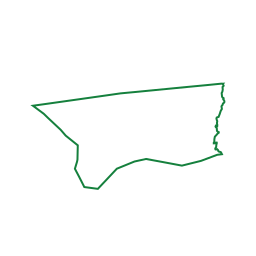 the district of Buram, Southern Darfur, Sudan, rotated 286°
{"feature_id": "16777658B28433170293690", "entity_name": "Buram", "entity_type": "district", "adm_level": 2, "iso_a3": "SDN", "parent_name": "Sudan", "parent_adm1": "Southern Darfur", "projection": "orthographic", "projection_center": [25.179, 10.759], "detail": "fine", "context": "isolated", "style": "outline", "palette": "green", "viewbox_px": 256, "rotation_deg": 286, "n_neighbors": 0, "source": "geoboundaries", "source_scale": "gbopen_adm2", "svg_char_len": 1436}
<svg xmlns="http://www.w3.org/2000/svg" viewBox="0 0 256 256"><g transform="rotate(286 128 128)"><path d="M128.7,225.5L129.7,224.6L130.4,223.8L130.4,221.8L130.7,221.2L131.6,220.6L132.2,219.5L131.6,218.6L131.5,218.1L132.0,217.6L133.2,217.7L133.9,218.0L136.3,217.5L137.4,217.6L138.4,217.3L138.3,216.7L137.2,215.6L136.9,214.7L137.6,214.5L138.4,214.8L139.6,214.5L141.1,214.1L142.2,214.0L143.6,213.9L146.0,215.1L147.4,215.7L148.4,216.5L149.0,216.4L149.1,215.8L149.4,214.9L149.8,214.3L152.5,213.3L153.1,212.1L153.7,211.7L154.6,211.9L154.6,213.2L155.6,213.0L156.4,212.5L157.4,212.1L158.5,212.0L159.2,211.9L160.2,211.1L161.5,210.4L162.5,210.4L163.2,211.3L163.6,212.0L166.7,212.3L169.8,212.4L171.1,212.7L172.2,213.0L173.3,212.5L174.6,211.9L175.4,212.1L176.4,212.6L177.4,212.5L178.0,212.7L178.7,213.3L179.5,213.5L180.4,213.2L181.1,212.7L181.5,212.0L181.9,211.6L182.7,211.8L183.1,211.6L183.3,210.6L184.0,209.8L187.4,208.4L188.9,208.7L191.0,208.5L192.6,207.9L193.5,207.6L194.5,208.2L195.2,208.2L196.0,207.3L196.3,207.0L196.8,207.2L196.7,206.9L196.4,205.6L191.1,192.3L186.2,179.8L184.2,174.7L165.1,126.3L159.2,111.2L153.9,99.4L132.0,50.3L129.9,45.6L123.2,30.5L118.4,43.2L115.6,48.4L107.7,63.8L103.5,70.2L97.5,84.5L83.8,88.1L83.0,88.2L81.5,88.3L74.2,88.2L72.6,89.7L67.8,94.3L59.2,102.3L61.2,115.8L85.8,128.5L97.6,143.5L103.2,153.9L104.9,171.2L106.7,190.2L116.5,207.2L126.8,221.1L128.7,225.5Z" fill="none" stroke="#15803d" stroke-width="2"/></g></svg>